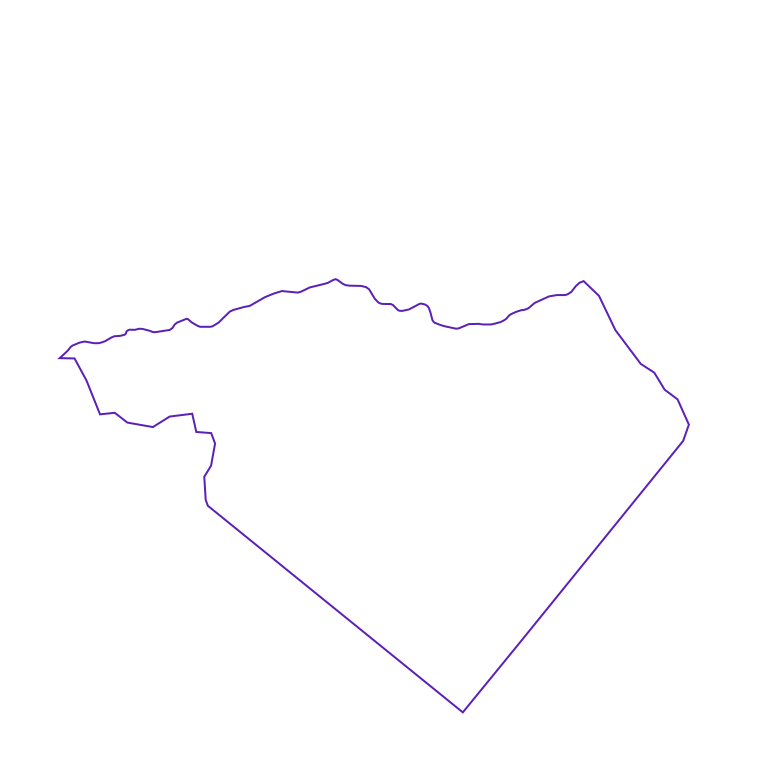 outline of Buffalo, Wisconsin, United States of America, rotated 129°
{"feature_id": "52423323B72529674503227", "entity_name": "Buffalo", "entity_type": "district", "adm_level": 2, "iso_a3": "USA", "parent_name": "United States of America", "parent_adm1": "Wisconsin", "projection": "natural_earth1", "projection_center": [-91.809, 44.311], "detail": "fine", "context": "isolated", "style": "outline", "palette": "violet", "viewbox_px": 768, "rotation_deg": 129, "n_neighbors": 0, "source": "geoboundaries", "source_scale": "gbopen_adm2", "svg_char_len": 1762}
<svg xmlns="http://www.w3.org/2000/svg" viewBox="0 0 768 768"><g transform="rotate(129 384 384)"><path d="M499.8,115.7L319.9,115.7L239.9,115.7L223.7,121.5L211.2,146.2L211.8,162.3L205.1,181.1L206.8,197.1L196.5,238.1L180.2,272.4L178.4,293.6L182.1,295.7L186.8,296.5L194.7,296.4L198.5,297.7L200.7,299.0L206.1,305.6L212.1,310.9L226.1,317.9L234.1,319.4L235.8,320.2L238.3,321.8L239.5,323.0L240.3,323.8L244.9,326.8L249.9,329.3L252.3,329.9L256.3,330.0L259.0,330.8L262.5,332.4L267.4,335.9L270.5,338.4L275.4,344.5L277.8,348.4L284.0,355.7L293.7,360.9L295.6,362.7L300.8,372.9L302.6,377.2L304.6,383.5L304.5,384.5L303.9,386.5L299.0,393.2L296.7,397.0L296.1,399.1L296.3,401.9L298.1,405.7L299.5,406.9L310.3,411.5L315.6,415.7L317.3,418.0L317.8,419.6L317.0,426.7L317.6,429.1L322.7,435.5L323.6,437.3L324.2,439.5L323.6,444.6L319.8,455.1L320.0,458.9L322.2,463.5L329.2,472.6L331.3,476.0L332.1,479.2L332.4,485.6L333.0,487.6L335.1,488.9L341.0,491.4L345.5,494.7L355.6,502.4L364.7,506.7L367.2,508.5L376.0,521.8L382.8,526.4L391.3,531.1L407.8,537.5L412.2,541.2L421.0,547.5L424.7,549.4L440.4,551.2L447.1,553.6L448.5,554.7L448.9,555.0L455.3,562.9L456.1,565.6L457.1,571.9L457.0,577.3L457.6,578.5L466.6,583.5L469.6,584.1L473.7,583.6L476.9,584.6L487.7,594.4L489.0,596.2L490.3,600.1L493.2,606.4L495.1,609.0L498.6,611.6L501.9,615.9L504.2,617.1L505.2,617.2L507.3,616.3L509.1,616.6L512.7,619.4L516.7,623.7L519.8,625.3L526.1,627.6L529.7,629.8L532.0,631.6L534.8,635.1L539.3,643.3L543.4,646.6L550.4,650.4L552.3,650.8L557.4,650.8L568.0,652.3L558.9,640.6L568.5,617.4L586.3,585.6L575.8,575.1L575.5,559.2L562.9,536.5L544.2,530.1L527.8,514.3L539.4,499.7L530.9,487.4L536.6,477.8L556.3,467.0L569.2,465.3L586.3,449.6L589.5,444.2L589.6,116.1L499.8,115.7Z" fill="none" stroke="#5b21b6" stroke-width="2"/></g></svg>